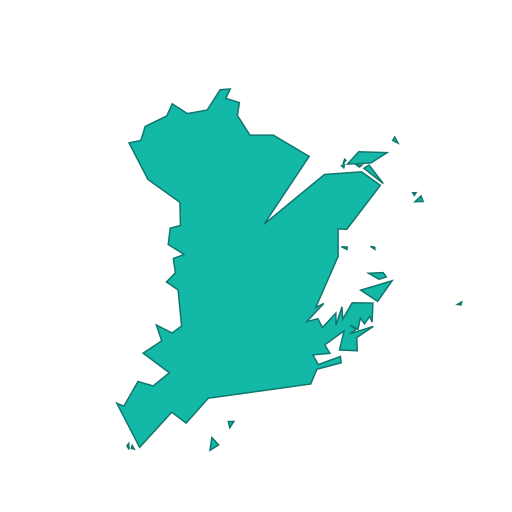 Livingstone, Queensland, Australia, rotated 72°
{"feature_id": "25037944B91391383703186", "entity_name": "Livingstone", "entity_type": "district", "adm_level": 2, "iso_a3": "AUS", "parent_name": "Australia", "parent_adm1": "Queensland", "projection": "albers", "projection_center": [150.606, -22.725], "detail": "medium", "context": "isolated", "style": "filled", "palette": "teal", "viewbox_px": 512, "rotation_deg": 72, "n_neighbors": 0, "source": "geoboundaries", "source_scale": "gbopen_adm2", "svg_char_len": 1951}
<svg xmlns="http://www.w3.org/2000/svg" viewBox="0 0 512 512"><g transform="rotate(72 256 256)"><path d="M149.8,335.1L181.4,311.8L203.6,318.4L203.0,329.0L217.9,335.9L232.3,323.9L232.9,335.4L247.1,337.9L253.0,349.2L264.2,340.6L299.6,348.4L303.3,359.6L290.8,372.1L307.6,371.9L313.5,393.4L340.3,374.5L347.8,394.0L338.9,407.0L358.0,428.1L353.0,433.9L402.0,425.8L378.5,384.4L393.3,374.1L376.5,345.3L394.6,243.5L382.5,233.1L383.9,208.0L377.6,206.8L378.5,230.3L367.6,232.5L371.4,215.8L361.8,218.1L354.4,195.4L371.2,205.6L377.4,189.0L364.7,185.4L359.2,166.2L359.0,190.8L356.7,183.5L350.8,188.0L357.2,181.7L347.3,175.9L354.0,173.8L348.7,166.5L354.7,166.0L336.9,159.4L330.2,179.0L342.9,193.1L330.9,189.9L346.7,201.5L335.0,197.7L344.5,214.9L334.8,216.5L334.1,228.1L322.1,206.2L323.4,215.1L281.7,178.0L255.6,169.5L258.7,161.5L227.2,115.9L208.6,129.6L199.6,165.7L228.2,238.4L177.7,174.7L146.4,202.2L139.2,224.4L116.6,230.3L105.0,224.4L96.8,236.0L89.2,228.9L86.8,238.7L102.1,257.3L99.3,277.3L85.4,288.6L95.2,297.6L98.5,321.3L110.5,329.8L109.2,341.8L149.8,335.1ZM188.6,126.1L196.9,140.6L203.0,117.8L198.2,99.4L188.6,126.1ZM321.6,134.2L320.8,167.0L336.7,154.4L321.6,134.2ZM226.4,112.6L204.4,120.4L205.9,126.3L226.4,112.6ZM415.0,354.1L426.6,359.8L424.1,349.9L415.0,354.1ZM307.2,154.3L316.1,146.2L316.2,138.5L311.1,140.2L307.2,154.3ZM253.5,88.0L255.8,80.2L249.9,80.5L253.5,88.0ZM404.9,333.5L411.2,334.0L406.5,328.2L404.9,333.5ZM199.2,145.3L196.4,143.6L196.5,146.8L199.2,145.3ZM185.7,87.3L188.4,90.3L192.5,86.0L185.7,87.3ZM191.4,141.8L195.3,144.8L192.7,140.9L191.4,141.8ZM396.6,437.4L400.7,436.5L394.9,435.0L396.6,437.4ZM284.5,140.3L282.2,144.1L286.4,140.9L284.5,140.3ZM200.7,132.1L203.4,130.1L202.3,127.2L200.7,132.1ZM363.3,74.6L364.2,79.4L365.9,76.3L363.3,74.6ZM397.9,432.3L400.5,434.0L402.0,431.5L397.9,432.3ZM275.8,166.4L273.5,171.9L277.9,167.5L275.8,166.4ZM245.2,84.2L244.3,87.4L247.3,86.7L245.2,84.2Z" fill="#14b8a6" stroke="#0f766e" stroke-width="1.5"/></g></svg>